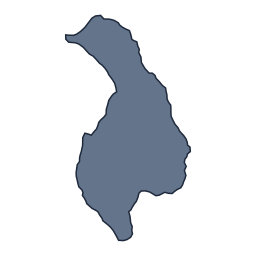 Santa Rita d'Oeste, São Paulo, Brazil (Albers equal-area conic projection)
{"feature_id": "56859067B69160631220065", "entity_name": "Santa Rita d'Oeste", "entity_type": "district", "adm_level": 2, "iso_a3": "BRA", "parent_name": "Brazil", "parent_adm1": "São Paulo", "projection": "albers", "projection_center": [-50.816, -20.093], "detail": "fine", "context": "isolated", "style": "filled", "palette": "slate", "viewbox_px": 256, "rotation_deg": 0, "n_neighbors": 0, "source": "geoboundaries", "source_scale": "gbopen_adm2", "svg_char_len": 1883}
<svg xmlns="http://www.w3.org/2000/svg" viewBox="0 0 256 256"><path d="M65.7,34.9L65.8,39.2L68.7,42.2L75.5,42.8L79.1,44.2L83.5,47.5L86.3,50.7L89.5,54.1L93.1,56.1L96.2,59.4L99.5,63.2L102.2,65.2L105.3,68.6L107.7,72.2L108.7,74.6L112.7,80.0L114.7,83.3L116.0,88.1L116.6,91.9L113.5,93.9L111.6,96.1L108.8,100.3L107.9,103.9L106.3,109.4L106.1,114.3L103.7,117.3L100.9,119.8L98.8,122.3L97.8,125.7L96.5,129.0L93.6,132.2L91.3,135.2L88.8,134.2L84.9,133.2L82.8,137.5L82.6,145.3L81.3,151.5L80.3,154.6L79.6,157.7L79.5,161.5L77.2,164.8L76.1,172.8L76.3,176.4L77.1,179.6L77.8,183.0L78.8,186.8L81.9,189.9L83.0,192.5L82.4,195.5L84.2,197.9L85.8,200.9L86.8,203.7L90.1,206.6L92.1,208.4L95.0,209.9L97.8,211.6L99.7,215.1L102.0,218.2L102.8,220.7L107.8,224.7L110.6,227.3L113.2,230.5L115.7,234.8L118.6,240.3L123.4,240.6L127.0,239.6L130.6,237.3L132.5,233.8L131.8,230.6L132.2,226.5L130.7,222.9L130.0,216.4L128.7,211.7L130.8,210.0L132.2,207.3L134.2,204.1L136.4,201.2L137.9,197.4L138.9,193.2L141.3,191.0L145.4,190.9L149.7,192.0L155.9,195.7L159.1,195.2L164.8,192.3L168.4,193.3L172.2,193.5L174.2,191.7L177.2,189.5L180.8,187.8L182.6,184.8L183.6,181.7L184.9,178.9L185.9,175.4L184.4,170.5L186.2,166.4L184.3,162.5L184.9,159.2L186.7,156.9L187.5,153.9L190.3,151.6L190.0,147.1L187.6,145.2L187.2,142.1L185.9,138.7L183.5,135.3L181.3,133.1L179.4,130.8L178.0,127.7L175.1,124.4L173.2,120.8L171.1,116.3L170.9,112.2L170.9,109.0L170.7,105.1L168.4,102.0L167.1,99.0L166.9,94.8L166.0,90.9L165.6,88.0L162.4,85.5L159.2,81.6L156.1,78.4L155.0,75.4L152.4,73.2L149.1,73.1L147.0,70.8L144.9,68.5L141.4,62.5L140.9,56.9L138.7,52.6L139.3,49.4L137.8,46.1L136.8,41.8L134.3,40.8L131.9,39.5L130.8,34.6L129.4,30.6L126.1,29.2L122.4,27.2L119.7,25.1L118.3,22.8L114.4,20.5L111.5,19.6L108.8,19.1L103.9,19.0L100.6,15.4L95.4,16.0L91.9,18.2L84.8,27.5L80.5,31.5L76.4,34.3L73.6,35.3L69.0,35.2L65.7,34.9Z" fill="#64748b" stroke="#1e293b" stroke-width="1.5"/></svg>